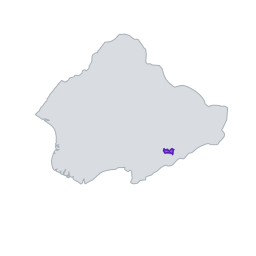 location of Demsa, Adamawa, Nigeria, rotated 36°
{"feature_id": "59680162B45761287530482", "entity_name": "Demsa", "entity_type": "district", "adm_level": 2, "iso_a3": "NGA", "parent_name": "Nigeria", "parent_adm1": "Adamawa", "projection": "natural_earth1", "projection_center": [11.987, 9.411], "detail": "fine", "context": "in_parent", "style": "filled", "palette": "violet", "viewbox_px": 256, "rotation_deg": 36, "n_neighbors": 0, "source": "geoboundaries", "source_scale": "gbopen_adm2", "svg_char_len": 5042}
<svg xmlns="http://www.w3.org/2000/svg" viewBox="0 0 256 256"><g transform="rotate(36 128 128)"><path d="M196.8,53.2L203.1,63.4L204.5,70.9L205.0,74.6L206.0,75.0L208.0,75.2L209.4,76.0L210.3,77.2L210.8,78.4L210.9,79.0L210.5,83.5L210.0,85.2L210.3,87.4L210.2,88.4L210.0,89.0L209.1,89.7L207.9,90.5L205.1,92.6L204.3,92.9L203.1,93.0L202.0,93.5L200.8,94.7L198.1,99.0L195.9,103.3L194.2,110.3L192.2,112.5L191.8,114.5L191.5,118.8L191.2,120.2L190.9,120.5L188.7,121.4L187.5,122.4L186.7,124.4L185.8,131.1L185.4,132.2L184.7,133.4L183.6,134.6L182.7,135.3L180.2,135.8L177.8,140.8L177.8,141.7L176.7,146.3L174.9,149.8L174.8,152.0L172.5,155.1L171.3,157.2L172.5,159.3L172.6,159.7L168.7,163.3L168.5,163.9L168.3,166.4L168.0,167.1L167.3,168.0L166.2,169.1L165.2,169.9L163.9,170.4L162.8,170.6L162.1,170.3L161.7,169.5L161.1,166.4L160.8,165.8L160.0,165.2L157.0,161.7L155.2,160.5L154.8,160.6L154.5,160.9L154.0,162.7L153.4,163.3L152.5,163.5L150.8,163.5L149.6,163.3L149.3,163.0L148.7,161.6L145.0,164.7L143.7,165.4L142.0,169.1L139.6,170.9L138.0,172.5L133.6,177.5L132.8,179.0L131.9,181.2L130.0,190.6L127.0,196.5L126.6,197.8L126.4,197.7L126.0,198.3L124.9,197.9L124.3,196.8L123.6,196.6L122.4,195.0L122.1,195.3L123.4,199.4L122.9,201.0L119.2,201.0L116.1,201.5L113.9,201.5L112.8,200.9L112.3,199.4L112.1,199.5L112.0,200.4L111.3,201.0L108.9,201.1L107.8,200.1L106.9,198.9L106.0,198.4L106.1,198.9L107.2,200.0L107.1,201.7L105.1,203.5L103.8,203.7L103.1,202.8L102.7,201.5L102.5,199.5L102.0,198.3L101.7,198.3L102.0,200.4L102.0,202.4L103.0,203.9L101.5,204.4L99.8,204.5L99.6,203.9L99.4,202.6L99.1,202.3L98.7,204.4L95.1,205.1L94.6,205.0L94.5,204.6L94.8,204.0L94.7,203.0L94.0,203.7L93.8,205.2L93.4,205.5L92.0,205.3L90.6,204.5L88.2,202.6L85.2,199.5L84.8,198.1L83.9,196.4L82.4,191.7L82.7,191.5L83.4,191.8L83.7,191.3L82.5,191.0L82.2,190.7L82.1,189.6L82.2,188.4L84.1,187.7L84.5,186.9L84.7,186.2L82.5,187.3L80.3,186.0L79.9,185.2L80.1,184.6L82.6,184.6L83.5,184.0L82.9,183.7L82.0,183.8L81.6,183.4L81.7,182.4L81.4,182.6L80.9,183.5L79.5,184.1L78.7,183.5L78.6,182.1L78.4,181.4L77.7,181.0L75.2,177.3L72.0,174.2L69.2,172.1L65.0,171.0L56.1,171.1L55.6,170.8L56.1,170.3L56.9,170.0L59.8,168.3L59.3,168.0L56.3,169.1L55.3,169.2L54.0,171.3L45.2,171.7L45.2,170.8L45.6,168.1L46.2,166.2L45.6,163.9L45.5,161.9L45.8,161.2L46.0,160.4L45.9,155.2L46.4,154.4L46.4,153.8L45.5,151.6L45.5,149.9L45.4,148.2L45.1,147.4L45.5,141.0L45.3,139.4L45.6,138.3L45.8,135.5L45.8,132.8L46.4,128.5L50.2,127.9L51.1,126.2L51.6,124.1L51.5,122.0L52.7,120.1L54.2,118.5L54.1,116.7L54.5,116.1L55.2,115.7L56.2,115.5L57.4,114.6L58.0,113.0L58.6,110.5L57.7,108.8L57.7,108.4L58.1,107.4L58.7,106.5L59.1,106.2L60.2,106.4L60.6,106.1L61.3,103.3L61.2,102.5L60.2,100.7L59.7,95.7L59.4,95.0L58.6,94.1L56.6,90.6L56.6,88.9L57.5,86.7L58.1,85.7L58.9,85.1L59.1,84.6L58.8,84.0L58.4,83.6L58.4,82.6L58.8,81.3L58.7,79.8L58.9,72.2L60.6,70.7L63.1,68.3L64.4,65.7L65.1,63.7L66.0,57.2L67.3,56.5L69.8,54.2L73.2,52.8L75.4,52.3L79.2,52.6L81.2,52.4L82.8,51.1L83.6,50.7L84.6,50.5L94.2,53.9L95.0,53.8L95.8,54.0L97.0,54.9L99.8,58.0L102.7,62.9L103.6,63.9L104.5,64.5L105.5,64.7L106.2,64.6L106.9,64.2L107.8,63.2L109.2,62.8L110.3,62.9L116.3,59.2L116.9,59.1L120.6,59.9L125.5,63.7L129.6,66.1L132.5,66.9L135.8,67.5L141.6,67.7L145.9,62.4L147.5,61.3L149.5,60.3L153.5,59.3L160.2,58.6L166.4,58.9L170.3,59.8L174.4,61.5L176.2,63.2L179.0,63.4L181.0,63.1L181.6,61.5L183.6,59.4L186.6,57.4L189.1,56.0L191.1,55.4L192.9,53.8L194.3,53.3L196.8,53.2ZM109.1,203.2L107.7,203.7L106.9,203.6L108.1,201.4L108.7,201.9L109.5,202.1L109.1,203.2Z" fill="#d9dde1" stroke="#a8b0b8" stroke-width="1"/><path d="M178.3,120.8L178.4,120.6L178.3,120.4L178.2,120.3L178.0,120.2L177.8,119.8L177.7,119.7L177.7,118.7L177.5,118.8L177.3,118.8L177.1,118.8L176.9,118.7L176.6,118.7L176.4,118.8L176.0,118.8L176.0,119.1L175.9,119.3L175.7,119.2L175.5,119.3L175.4,119.5L175.4,119.8L175.4,120.0L175.3,120.4L175.3,120.5L175.2,120.8L175.2,121.0L175.2,121.3L175.1,121.5L175.1,121.8L175.1,122.0L175.0,122.3L174.9,122.4L174.6,122.3L174.4,122.3L174.2,122.4L173.9,122.5L173.7,122.7L173.4,122.4L173.2,122.2L172.9,122.2L172.6,122.0L172.4,122.2L172.2,122.4L172.2,122.6L172.2,123.0L171.7,123.3L171.5,123.5L171.4,123.5L171.2,123.4L170.8,123.9L170.6,124.0L170.4,124.1L170.1,123.9L169.9,123.8L169.5,123.6L169.4,123.7L169.3,123.8L169.5,124.1L169.6,124.3L169.7,124.5L169.8,124.6L169.8,124.8L169.9,125.0L170.0,125.2L170.0,125.3L170.2,125.6L170.5,125.6L170.8,125.8L171.1,125.8L171.4,126.0L171.5,126.1L171.9,125.9L172.1,125.9L172.4,126.5L172.6,126.4L172.8,126.4L173.0,126.4L173.1,126.2L173.4,125.9L173.5,125.6L173.8,125.4L173.9,125.2L174.1,125.1L174.5,125.0L174.8,124.9L174.8,124.5L175.0,124.4L175.3,124.4L175.4,124.2L175.6,124.2L175.9,123.7L176.0,123.7L175.9,123.5L176.0,123.4L176.3,123.4L176.5,123.5L176.8,123.2L177.0,123.3L177.3,123.3L177.4,123.2L177.5,123.2L177.8,123.3L177.8,123.2L178.1,122.8L178.1,122.7L178.3,122.3L178.8,122.3L178.9,122.2L179.0,122.2L179.1,122.3L179.2,122.6L179.3,122.7L179.5,122.9L179.6,122.4L179.3,122.1L179.0,121.7L178.7,121.3L178.6,121.2L178.3,120.9L178.3,120.8Z" fill="#8b5cf6" stroke="#5b21b6" stroke-width="1.5"/></g></svg>